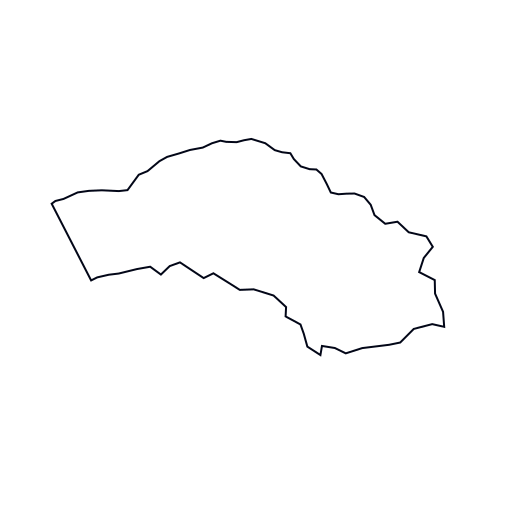 outline of Prastio Lefkosias, Cyprus, rotated 311°
{"feature_id": "46923920B44664776517554", "entity_name": "Prastio Lefkosias", "entity_type": "district", "adm_level": 2, "iso_a3": "CYP", "parent_name": "Cyprus", "parent_adm1": "", "projection": "albers", "projection_center": [32.934, 35.176], "detail": "fine", "context": "isolated", "style": "outline", "palette": "ink", "viewbox_px": 512, "rotation_deg": 311, "n_neighbors": 0, "source": "geoboundaries", "source_scale": "gbopen_adm2", "svg_char_len": 1120}
<svg xmlns="http://www.w3.org/2000/svg" viewBox="0 0 512 512"><g transform="rotate(311 256 256)"><path d="M326.0,444.5L336.6,433.8L345.1,415.8L355.1,406.7L350.9,389.7L364.6,383.9L378.9,383.4L382.6,371.7L374.1,355.7L374.7,340.3L365.1,332.4L364.6,318.6L369.9,309.0L371.5,298.9L367.8,289.4L362.5,283.5L356.7,277.7L353.0,270.8L356.7,262.3L360.9,251.7L360.9,244.8L356.7,239.5L353.0,231.0L354.0,220.9L356.1,214.5L351.4,207.6L348.2,200.7L347.2,189.0L341.3,175.7L335.5,171.0L329.2,166.7L322.6,158.6L319.7,153.5L312.2,148.8L302.9,144.7L292.7,136.6L282.7,130.5L272.5,123.9L264.2,120.9L249.8,118.6L248.8,118.4L240.4,114.2L221.4,115.8L215.0,109.9L204.5,96.6L195.5,87.1L187.0,79.7L172.8,73.3L165.9,68.5L161.4,67.5L129.4,147.6L135.7,150.2L145.3,157.2L152.7,163.9L168.0,174.7L178.5,183.2L179.6,196.4L191.8,197.5L201.3,202.8L205.0,231.0L215.0,235.2L217.7,252.2L219.8,266.0L229.3,276.1L237.7,295.2L237.2,312.2L229.8,318.0L233.5,334.5L228.7,343.0L221.3,354.2L223.5,369.6L231.4,364.8L238.3,375.9L241.4,387.6L256.2,396.6L276.3,414.7L285.3,421.6L304.5,422.9L320.2,433.7L326.0,444.5Z" fill="none" stroke="#020617" stroke-width="2"/></g></svg>